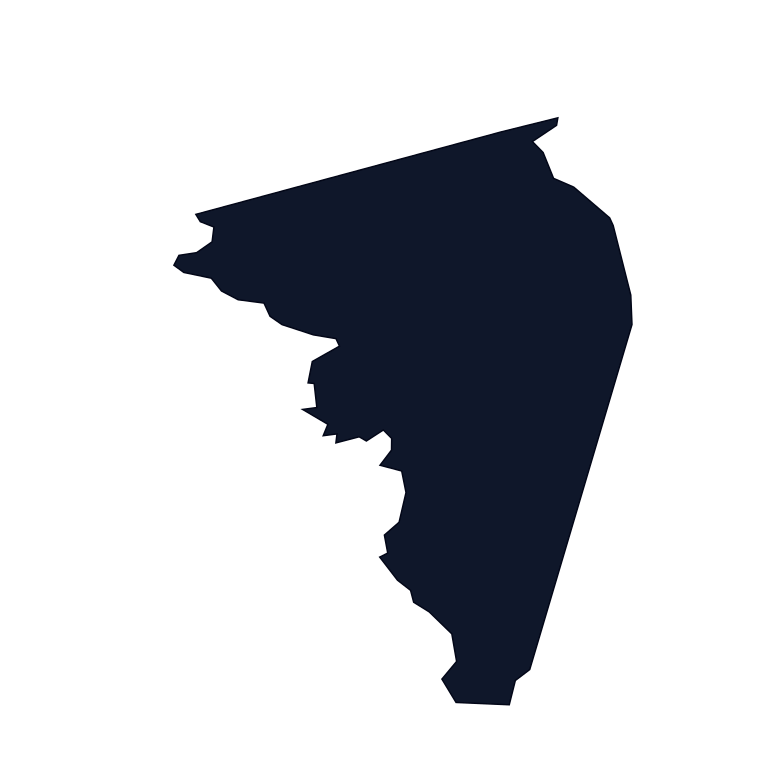 San Jacinto, Texas, United States of America, rotated 192°
{"feature_id": "52423323B92388679305568", "entity_name": "San Jacinto", "entity_type": "district", "adm_level": 2, "iso_a3": "USA", "parent_name": "United States of America", "parent_adm1": "Texas", "projection": "orthographic", "projection_center": [-95.097, 30.613], "detail": "fine", "context": "isolated", "style": "filled", "palette": "ink", "viewbox_px": 768, "rotation_deg": 192, "n_neighbors": 0, "source": "geoboundaries", "source_scale": "gbopen_adm2", "svg_char_len": 901}
<svg xmlns="http://www.w3.org/2000/svg" viewBox="0 0 768 768"><g transform="rotate(192 384 384)"><path d="M182.1,135.0L153.8,493.7L161.1,522.3L192.8,586.7L197.8,593.4L239.3,616.0L260.9,620.4L276.5,643.5L289.3,652.0L269.0,672.9L269.3,680.5L321.9,654.9L603.3,510.8L597.4,504.6L583.0,502.2L581.7,487.3L594.6,473.5L611.3,467.2L614.2,456.5L603.0,451.5L574.9,451.6L562.3,441.2L544.2,436.1L518.2,438.2L509.5,426.5L496.1,420.9L463.3,417.4L440.4,418.4L435.4,411.8L458.8,391.1L458.5,369.3L452.4,370.0L444.8,347.0L458.3,342.2L430.5,332.9L432.7,320.8L419.6,325.4L418.8,316.4L397.3,327.2L389.4,324.6L375.1,338.9L365.2,332.4L362.9,320.9L371.0,303.7L348.6,302.6L339.9,282.4L340.5,251.9L352.2,236.3L345.2,219.4L352.2,213.8L330.0,194.9L315.1,187.7L309.6,176.7L292.4,170.5L265.7,153.7L255.3,127.7L266.0,107.4L247.3,87.5L194.8,96.3L193.9,121.3L182.1,135.0Z" fill="#0f172a" stroke="#020617" stroke-width="1.5"/></g></svg>